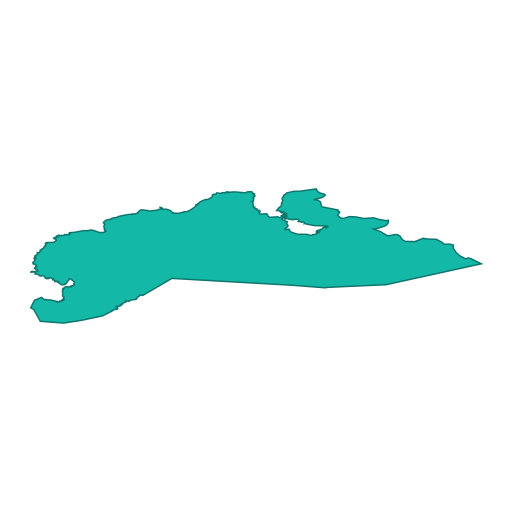 Skånland nor, Troms, Norway
{"feature_id": "86288312B73235006037434", "entity_name": "Skånland nor", "entity_type": "district", "adm_level": 2, "iso_a3": "NOR", "parent_name": "Norway", "parent_adm1": "Troms", "projection": "robinson", "projection_center": [16.957, 68.61], "detail": "fine", "context": "isolated", "style": "filled", "palette": "teal", "viewbox_px": 512, "rotation_deg": 0, "n_neighbors": 0, "source": "geoboundaries", "source_scale": "gbopen_adm2", "svg_char_len": 5957}
<svg xmlns="http://www.w3.org/2000/svg" viewBox="0 0 512 512"><path d="M33.8,309.5L40.3,321.3L63.6,323.1L81.6,320.3L102.4,315.9L111.6,311.3L111.5,310.8L112.9,310.6L113.9,309.6L117.1,309.2L117.7,308.2L116.7,307.1L117.5,307.3L117.7,306.8L116.9,306.9L116.5,306.4L120.0,306.0L120.5,305.6L120.3,305.1L120.6,304.8L121.7,305.0L122.1,304.4L121.8,303.9L122.9,303.6L123.1,302.8L124.2,302.7L124.9,302.0L126.1,302.0L126.4,301.4L126.1,301.4L126.0,300.8L129.3,301.3L130.2,300.2L136.2,299.3L137.0,298.3L137.1,297.5L139.4,296.0L139.8,295.0L142.8,295.4L171.9,278.4L292.9,285.3L325.4,287.8L326.9,287.4L386.0,284.7L481.3,263.8L470.4,258.4L468.3,258.0L466.0,258.6L464.8,258.5L459.5,255.6L455.9,252.3L453.4,248.3L453.2,246.4L453.4,245.1L449.9,244.1L444.2,244.3L441.7,242.1L436.3,239.3L428.3,239.1L423.1,238.3L414.9,241.6L405.3,241.4L402.2,239.5L399.9,236.0L397.4,234.7L395.2,234.5L389.6,235.7L386.9,235.5L380.5,231.6L373.5,229.0L379.0,228.0L385.1,225.9L386.7,224.8L387.8,223.5L388.4,222.2L388.3,220.3L386.6,220.7L379.3,219.5L373.8,217.8L363.6,218.5L356.3,217.0L352.4,216.7L349.3,216.6L344.0,218.3L340.8,218.1L337.6,215.3L339.7,212.1L338.0,211.1L338.0,210.0L321.9,206.8L321.1,204.9L320.6,202.2L320.1,201.5L318.1,200.4L313.7,199.5L321.0,197.8L323.3,196.8L325.2,195.1L324.9,194.4L319.7,192.9L318.3,191.9L317.5,191.4L316.2,188.9L299.3,191.3L293.9,191.3L286.6,193.0L285.5,194.2L284.1,195.0L284.3,195.2L283.7,195.8L283.7,196.2L282.2,198.1L282.1,198.8L282.8,200.3L282.2,202.2L281.4,203.4L281.7,204.1L280.9,206.3L278.6,207.9L276.7,210.6L279.3,210.7L280.5,211.6L282.1,211.9L280.9,212.3L281.6,212.8L285.1,212.9L286.4,213.7L283.7,214.3L281.9,215.5L282.7,215.6L284.4,214.8L287.3,215.4L286.3,215.7L286.2,215.9L286.7,216.3L286.4,216.7L284.6,217.9L285.2,219.0L287.3,218.4L288.2,219.0L289.7,218.9L289.9,219.4L291.7,219.4L292.0,219.8L295.4,219.2L297.8,219.4L298.9,220.2L298.8,220.7L299.1,221.0L298.5,221.5L300.8,221.7L301.2,222.2L303.3,221.9L304.2,222.4L304.1,222.7L304.6,223.3L304.4,223.6L305.0,223.5L306.4,224.1L314.9,225.6L327.5,226.0L327.6,226.6L326.8,226.9L327.3,227.4L326.4,227.6L324.7,227.2L323.2,227.7L321.5,229.4L320.5,229.4L320.4,230.0L318.8,230.0L316.8,230.8L316.2,231.8L317.0,232.1L317.7,231.7L317.0,232.5L317.7,232.8L318.9,231.6L319.5,231.8L317.7,233.3L314.8,234.4L312.4,234.7L312.1,235.3L308.8,235.2L307.8,234.4L297.3,234.2L291.1,232.1L289.8,230.9L289.2,229.3L288.0,229.2L285.3,229.7L284.9,229.2L285.2,228.6L287.9,226.3L287.9,225.3L286.4,223.1L287.4,221.8L287.2,221.5L285.6,221.3L284.2,220.1L282.8,220.0L281.8,219.3L281.7,218.8L283.1,218.2L283.8,216.8L284.9,216.6L284.7,216.4L282.4,216.5L279.6,217.7L277.7,216.8L269.7,217.3L268.1,216.4L267.6,214.8L266.7,213.8L259.8,214.1L258.8,212.9L260.0,211.9L260.2,211.5L259.7,210.8L259.2,210.4L257.0,210.4L257.0,209.1L256.5,209.2L256.1,208.7L255.1,208.9L254.4,208.1L254.8,207.2L253.7,207.3L253.3,206.7L252.9,202.6L252.7,202.0L251.8,201.7L253.6,201.0L253.3,200.1L253.8,198.7L253.5,198.4L253.6,197.5L253.2,197.3L254.8,196.3L254.9,195.7L254.2,195.6L254.3,194.6L252.7,193.8L252.7,193.4L253.4,193.4L252.5,192.9L251.8,191.7L247.6,191.8L245.2,192.8L234.7,191.9L231.1,192.1L228.3,192.6L227.7,192.6L228.3,192.0L226.8,191.8L224.8,192.8L222.7,192.6L220.8,193.4L216.6,192.9L216.2,193.8L215.5,194.3L213.6,194.3L212.3,195.0L212.4,196.6L211.2,197.6L207.8,199.4L205.0,199.7L200.5,201.6L197.4,204.2L197.8,204.1L198.1,204.4L197.9,204.6L195.9,204.7L195.9,206.0L194.6,207.2L190.3,210.1L186.7,211.8L184.0,211.7L182.7,212.4L178.6,213.3L173.5,213.3L172.3,212.8L173.9,212.7L171.8,212.3L170.5,210.6L166.4,209.2L162.2,209.2L161.6,208.4L162.1,208.1L161.8,207.9L161.4,208.1L161.2,208.0L161.5,207.7L161.3,207.5L160.1,207.4L160.7,208.6L160.5,208.9L157.3,210.1L149.2,211.1L148.3,210.6L141.2,209.8L139.9,210.4L137.7,212.5L137.7,213.1L136.0,213.6L132.7,214.3L132.3,213.8L131.7,214.2L126.5,214.8L120.6,216.0L118.2,216.6L117.6,217.2L111.7,218.3L111.1,219.0L106.0,220.2L104.2,221.6L103.4,222.8L104.3,223.6L104.8,224.7L104.1,225.5L103.8,226.6L104.3,227.1L104.2,228.8L104.8,229.2L104.5,229.4L105.0,230.0L104.8,230.6L105.9,231.3L103.1,232.6L99.0,232.4L93.5,230.4L90.9,230.0L88.3,230.6L83.1,230.7L74.8,232.3L69.6,232.7L69.9,233.3L69.2,233.5L69.8,234.4L68.7,234.8L64.7,234.6L64.6,235.0L61.9,235.7L61.5,235.3L59.8,235.8L59.3,235.2L58.5,235.3L56.6,236.1L57.3,236.7L56.5,237.0L56.8,237.2L54.7,237.5L54.9,238.1L53.8,238.1L53.9,238.6L56.2,239.4L56.3,240.2L55.9,240.5L55.9,241.0L54.0,242.3L46.5,242.6L45.9,243.0L46.3,243.4L45.5,243.7L45.9,244.1L45.6,245.2L45.1,245.6L45.4,245.9L45.2,246.2L44.5,246.5L43.3,248.2L41.9,249.0L41.9,249.5L40.2,250.2L40.6,250.9L38.9,252.6L37.6,252.6L38.1,253.2L37.1,254.0L36.9,254.8L35.2,255.7L35.2,256.1L34.7,256.3L34.9,257.1L35.7,257.4L35.9,258.3L34.1,258.3L34.3,259.0L35.0,259.1L34.9,260.0L34.5,261.4L32.9,262.4L32.8,262.9L33.8,263.6L33.5,264.0L34.7,264.3L36.6,265.7L36.4,266.1L36.6,266.4L35.9,266.6L36.2,267.0L35.5,267.4L35.5,267.8L34.5,268.0L34.4,268.5L35.2,268.7L35.8,269.3L37.0,269.5L37.5,269.9L37.4,270.8L37.7,271.2L36.2,271.1L34.4,271.8L32.6,271.3L31.0,271.7L30.9,272.1L34.3,272.0L35.9,273.2L36.2,273.8L35.7,274.0L38.3,274.5L39.7,275.5L38.8,275.6L40.9,276.1L42.4,275.7L43.6,276.0L44.6,276.5L45.3,277.6L46.1,277.8L45.5,278.1L46.5,278.7L48.9,278.5L48.9,277.6L52.0,278.0L52.1,278.5L52.9,278.6L52.8,279.6L53.3,279.4L53.2,279.8L54.6,280.4L54.9,281.7L56.1,281.1L58.1,281.5L57.2,281.9L61.9,284.9L64.4,284.7L65.0,284.4L65.0,283.9L66.3,283.5L67.0,282.4L67.0,281.8L69.1,279.7L69.0,278.7L70.2,278.7L74.0,281.5L74.4,283.0L73.8,283.8L74.1,284.5L73.6,284.7L73.9,285.5L70.9,286.0L71.1,286.7L71.8,286.9L65.4,286.8L64.2,288.4L63.4,288.1L63.0,288.7L63.6,289.2L63.1,289.8L62.6,289.6L62.8,291.0L62.4,291.3L62.9,294.4L62.4,295.1L62.8,296.2L64.1,297.1L63.5,298.0L63.4,299.2L63.9,299.4L63.2,300.1L62.8,299.5L62.4,299.5L62.0,300.0L62.8,300.5L61.9,300.7L61.4,301.5L60.8,301.0L59.5,301.0L58.8,302.2L57.3,302.3L57.3,301.6L50.9,300.0L45.5,299.8L45.4,299.5L44.1,299.5L41.6,297.4L42.0,297.2L34.5,300.3L30.7,307.8L33.8,309.5Z" fill="#14b8a6" stroke="#0f766e" stroke-width="1.5"/></svg>